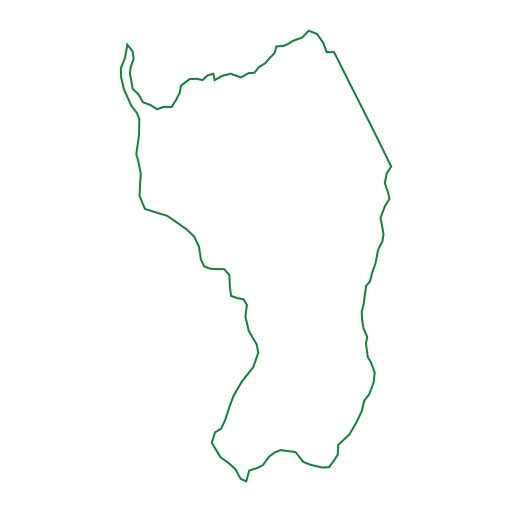 Guaraíta, Goiás, Brazil
{"feature_id": "56859067B84208885537844", "entity_name": "Guaraíta", "entity_type": "district", "adm_level": 2, "iso_a3": "BRA", "parent_name": "Brazil", "parent_adm1": "Goiás", "projection": "robinson", "projection_center": [-50.064, -15.682], "detail": "fine", "context": "isolated", "style": "outline", "palette": "green", "viewbox_px": 512, "rotation_deg": 0, "n_neighbors": 0, "source": "geoboundaries", "source_scale": "gbopen_adm2", "svg_char_len": 1768}
<svg xmlns="http://www.w3.org/2000/svg" viewBox="0 0 512 512"><path d="M140.2,181.9L139.9,188.6L139.5,195.9L144.9,208.9L158.5,213.2L167.3,215.9L176.6,222.3L186.9,229.6L194.2,236.6L199.0,246.7L200.9,259.5L204.2,266.4L210.3,268.8L218.0,269.1L224.1,269.1L229.4,275.1L229.8,285.9L231.1,295.9L237.8,298.3L243.4,299.2L246.9,304.9L245.4,316.7L248.8,331.0L252.4,337.0L256.8,344.7L258.2,353.0L253.3,367.1L241.7,381.8L233.5,395.9L229.4,407.0L225.3,419.6L221.2,428.6L215.0,432.4L211.8,442.7L215.8,449.5L220.5,457.2L229.6,463.8L235.7,469.6L240.6,478.8L246.3,481.3L249.2,470.5L257.1,468.1L262.9,465.1L269.3,456.5L274.9,452.3L280.5,450.1L295.6,452.1L303.2,461.9L310.9,464.9L321.9,467.5L329.0,467.2L334.2,460.2L337.7,454.8L338.3,444.8L349.4,434.4L356.1,423.0L361.7,411.3L364.3,400.6L369.3,394.2L373.6,382.5L374.7,372.5L371.0,362.4L367.8,357.1L366.0,343.6L367.2,337.0L363.5,328.3L362.2,320.3L361.7,311.6L363.5,304.9L366.1,285.9L369.9,281.5L372.1,272.9L375.4,263.8L378.1,249.7L382.5,241.1L383.5,234.3L381.8,224.3L380.5,218.0L385.0,205.9L389.5,198.8L388.2,192.9L384.8,183.1L386.8,173.2L391.2,166.5L379.0,141.6L371.9,127.3L334.0,52.1L326.6,52.1L323.2,42.7L317.0,34.0L308.7,30.7L302.1,37.6L293.0,40.8L288.1,44.0L283.1,46.0L276.4,46.4L274.6,53.0L269.6,58.1L265.2,63.2L258.9,67.1L254.4,72.8L248.6,73.1L241.0,77.4L230.5,73.7L222.3,75.8L214.7,80.1L213.3,73.7L207.7,75.4L202.5,80.1L196.8,78.8L189.6,79.1L181.1,85.5L179.6,93.1L175.5,101.0L171.5,107.0L163.8,106.8L157.1,109.3L150.7,105.1L143.0,102.3L138.4,94.2L132.6,88.8L131.1,79.7L129.9,73.7L130.7,67.1L133.7,58.7L132.6,51.4L127.3,44.7L125.1,57.7L120.8,68.4L121.2,77.8L124.0,89.5L131.4,105.9L136.9,113.0L139.3,119.2L139.1,135.0L138.2,141.0L136.3,154.0L138.2,160.8L140.8,173.8L140.2,181.9Z" fill="none" stroke="#15803d" stroke-width="2"/></svg>